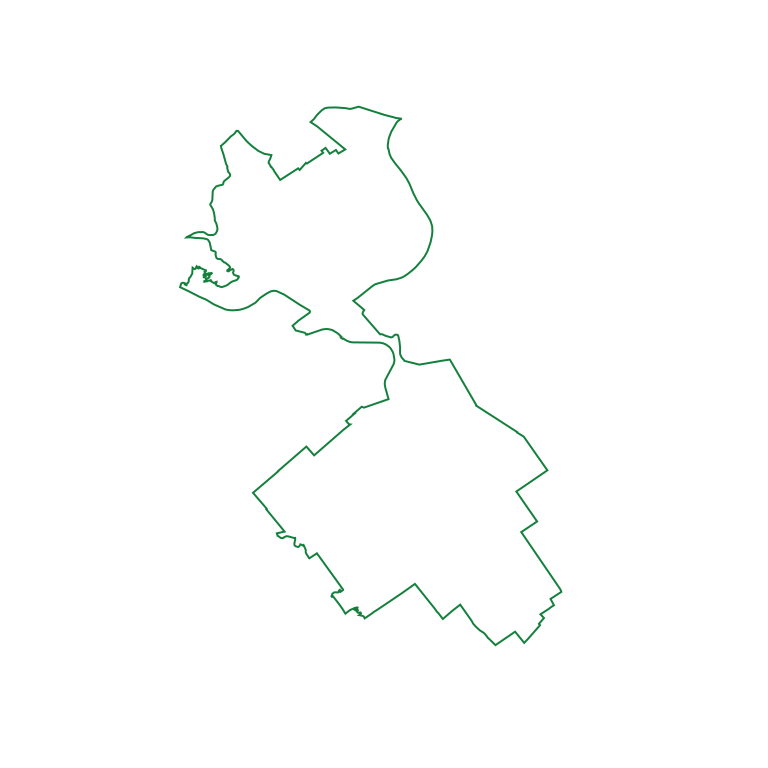 Bertestii De Jos, Braila, Romania, rotated 232°
{"feature_id": "2599482B54803043884513", "entity_name": "Bertestii De Jos", "entity_type": "district", "adm_level": 2, "iso_a3": "ROU", "parent_name": "Romania", "parent_adm1": "Braila", "projection": "natural_earth1", "projection_center": [27.835, 44.83], "detail": "fine", "context": "isolated", "style": "outline", "palette": "green", "viewbox_px": 768, "rotation_deg": 232, "n_neighbors": 0, "source": "geoboundaries", "source_scale": "gbopen_adm2", "svg_char_len": 6162}
<svg xmlns="http://www.w3.org/2000/svg" viewBox="0 0 768 768"><g transform="rotate(232 384 384)"><path d="M362.5,450.9L362.9,450.6L366.6,444.1L377.5,423.8L389.5,414.4L390.7,414.5L393.7,414.2L397.1,414.9L398.5,415.7L402.9,419.2L408.6,422.7L413.0,424.8L413.8,425.0L414.9,424.6L415.8,423.4L416.1,422.1L415.8,419.7L416.4,418.2L421.0,414.9L424.3,413.2L425.1,412.3L425.5,411.5L451.6,410.1L452.5,410.3L453.4,411.3L453.8,412.0L454.5,414.0L468.5,411.1L468.1,416.0L468.3,435.1L468.0,438.5L463.1,450.9L459.0,458.0L457.5,461.9L456.7,464.4L456.3,467.6L456.1,470.8L456.2,476.4L456.5,480.8L458.0,488.8L459.5,494.5L461.9,500.1L466.9,507.8L471.7,513.5L474.5,516.1L478.7,519.1L484.4,521.2L491.0,522.1L505.2,522.7L508.4,523.0L516.4,524.6L526.4,527.4L532.7,528.4L541.9,528.8L551.4,528.6L557.8,528.9L561.7,529.9L566.4,532.2L567.1,532.1L569.4,533.6L573.4,537.6L575.1,539.7L578.3,545.0L582.2,554.7L582.6,556.7L582.6,557.9L582.5,560.2L582.1,561.3L586.5,557.0L587.9,556.1L595.5,550.2L618.1,534.8L620.8,528.2L621.9,526.3L625.2,523.4L631.5,516.4L636.1,510.3L637.7,507.2L638.0,504.2L637.9,502.4L637.3,497.1L635.9,491.8L635.6,487.4L628.2,489.9L592.7,497.9L593.7,490.0L598.0,490.2L598.8,483.1L606.0,483.3L606.3,478.4L603.6,478.4L605.2,459.0L606.3,458.7L604.6,449.3L606.8,449.1L608.7,427.8L619.5,428.5L620.3,428.8L624.6,428.9L624.9,428.5L626.6,429.0L629.3,429.2L630.3,430.3L631.6,433.1L633.7,436.2L639.1,431.4L645.0,428.5L652.6,426.5L657.5,425.6L661.0,425.2L673.4,424.8L673.8,423.7L674.3,423.5L673.3,420.1L673.4,415.6L672.3,407.9L672.0,402.0L669.6,400.9L663.9,398.9L654.8,395.1L651.5,394.4L651.0,393.6L647.4,392.0L646.8,391.8L645.2,392.0L643.6,391.6L642.9,391.0L642.4,389.5L642.3,383.2L642.0,382.0L640.7,380.5L640.4,379.7L642.6,374.7L643.0,373.1L642.1,369.2L641.2,367.6L634.9,362.2L633.7,360.6L632.8,358.0L632.1,357.4L627.1,356.8L623.7,355.5L619.4,353.1L616.9,351.3L614.0,350.8L610.3,349.2L608.9,348.3L607.8,347.3L607.0,346.0L606.2,344.0L606.3,342.0L606.7,341.0L608.7,338.3L610.1,337.0L613.5,335.9L614.7,335.3L615.3,334.7L618.1,331.0L619.8,327.0L620.2,323.8L621.2,319.3L621.1,318.5L619.1,321.4L615.3,325.2L610.2,331.1L607.2,333.6L605.8,334.1L602.6,333.7L595.8,330.3L592.8,332.2L592.0,332.5L591.5,332.5L590.9,332.2L590.0,331.1L587.2,329.8L586.1,329.6L584.7,330.2L583.0,332.1L581.6,332.5L580.1,332.5L579.3,332.8L578.5,332.8L577.3,333.6L572.7,334.7L571.2,334.7L570.4,334.3L570.1,332.1L570.1,330.5L569.5,330.1L568.5,330.8L568.4,333.2L567.8,335.5L567.5,335.7L566.4,335.6L565.5,334.9L564.8,333.7L563.3,333.1L562.5,333.1L561.7,333.4L559.6,334.8L558.4,335.8L557.9,335.7L557.2,334.9L557.3,334.2L556.7,333.2L556.7,331.7L558.2,327.5L558.5,325.1L558.4,321.7L559.1,318.8L560.3,315.7L561.0,315.2L561.3,314.9L562.7,314.2L563.7,313.2L565.5,312.8L566.4,312.8L567.1,314.6L567.6,315.0L568.0,314.0L568.0,312.8L568.3,312.1L570.9,311.1L571.4,311.0L571.9,311.5L572.5,311.4L573.0,309.7L573.7,309.2L573.9,307.5L574.5,306.9L575.2,305.3L575.6,305.5L575.7,305.8L575.3,308.2L576.4,308.4L576.8,308.8L575.9,310.0L575.5,311.9L576.3,312.8L578.0,312.4L578.3,312.7L577.3,313.8L577.1,315.8L577.2,316.4L577.7,316.5L578.2,315.3L579.1,314.3L580.0,311.9L580.4,311.6L580.6,311.0L580.3,309.8L580.1,309.6L579.4,309.6L579.4,310.4L578.8,310.3L578.7,310.0L578.8,309.6L579.5,309.1L579.4,308.6L578.9,308.3L578.7,308.0L579.0,307.7L579.7,308.4L580.6,308.6L580.9,309.0L581.0,309.5L581.2,309.4L581.3,309.7L581.3,310.9L582.2,311.7L582.7,311.6L582.6,313.1L583.1,313.7L584.7,312.7L587.8,311.1L590.1,310.6L590.3,310.3L590.1,309.9L589.0,309.6L589.4,308.7L589.7,308.7L590.0,309.0L590.4,308.8L592.1,308.9L591.9,308.1L591.0,307.2L591.0,305.6L591.5,305.3L593.5,304.8L588.9,300.7L588.5,299.4L587.6,297.5L587.3,295.4L585.0,293.1L584.6,292.3L584.1,289.9L583.5,289.2L585.1,288.3L585.6,289.0L584.2,289.9L584.4,290.8L584.5,290.2L585.1,289.6L587.0,288.4L587.8,287.6L588.1,286.2L585.9,282.9L577.5,287.1L566.5,292.2L559.7,295.9L551.6,298.9L549.5,300.0L540.3,305.0L538.1,306.9L535.5,309.7L531.9,315.0L530.7,317.4L529.9,319.3L528.4,324.0L527.2,332.8L528.1,339.6L527.6,346.5L527.1,349.8L526.6,352.1L525.7,353.9L524.6,355.4L523.4,356.5L515.9,360.4L498.3,366.4L488.4,370.3L487.6,370.5L486.9,370.4L486.0,369.4L486.6,356.3L486.2,347.8L480.5,347.4L473.3,353.0L472.4,353.3L470.9,353.0L470.5,354.2L470.1,354.1L465.0,368.8L463.8,371.0L462.2,373.2L460.3,375.0L458.1,376.6L453.1,378.5L450.9,379.0L448.0,379.4L448.2,378.9L447.2,378.5L445.2,379.1L445.2,379.8L441.7,381.0L438.3,382.9L436.3,384.7L419.2,406.1L416.7,408.3L414.6,409.5L412.6,410.3L409.4,411.1L407.3,411.1L403.8,410.6L402.1,410.1L396.9,407.3L395.6,406.2L393.7,403.8L386.7,388.1L386.1,387.1L384.5,385.4L382.8,384.1L379.9,382.6L369.3,378.3L377.7,353.7L379.8,352.4L379.3,342.0L378.8,342.5L378.3,331.4L373.8,331.6L372.9,332.5L372.9,324.0L370.8,285.0L382.5,284.3L380.6,246.7L380.3,246.7L378.9,213.8L357.8,214.8L357.6,214.7L357.6,214.1L328.9,214.8L332.3,207.6L329.8,206.7L328.8,207.2L326.4,207.8L324.8,209.3L324.7,211.4L324.2,213.2L323.3,214.4L317.8,218.5L317.4,219.2L316.3,218.4L313.2,214.9L311.9,214.2L310.7,214.4L308.7,215.7L308.3,216.3L308.3,217.0L308.7,218.8L309.1,219.4L308.4,219.9L306.6,220.6L306.8,221.4L306.4,221.5L301.5,220.2L299.5,218.7L298.4,218.3L292.9,217.8L292.6,217.9L291.9,226.9L247.2,225.2L246.9,224.9L247.0,221.5L247.5,221.3L248.4,222.2L249.0,222.4L248.9,221.3L248.0,219.9L248.1,219.3L249.2,218.2L250.4,216.6L250.5,214.1L249.5,212.9L249.2,212.0L248.2,212.0L248.1,213.1L238.5,213.1L232.2,212.8L226.8,212.2L226.8,217.9L225.5,223.2L224.4,225.4L224.2,225.4L225.1,221.6L223.5,222.0L223.0,224.3L221.8,224.2L221.4,222.5L219.8,222.7L218.5,224.8L217.4,224.6L217.5,223.3L217.0,223.2L217.1,222.2L214.7,224.2L213.4,224.9L211.2,224.5L210.6,233.5L210.7,235.2L210.2,239.8L208.2,268.5L207.4,285.3L176.2,285.7L172.3,285.5L169.8,285.8L162.6,285.7L163.2,297.7L163.2,308.2L144.0,307.3L140.1,306.7L136.0,307.0L131.0,307.8L126.1,309.5L122.2,309.7L120.2,309.5L119.8,309.7L109.6,311.1L108.1,334.8L93.7,335.1L94.5,340.6L97.9,358.5L99.6,358.4L101.1,366.0L106.2,365.5L105.4,374.6L105.3,378.8L105.0,381.7L112.1,382.9L111.0,395.7L112.0,396.2L114.4,396.6L182.8,401.0L181.4,420.0L217.8,422.1L215.4,459.6L256.5,461.7L263.8,459.0L264.0,459.4L310.2,443.3L310.4,443.7L362.5,450.9Z" fill="none" stroke="#15803d" stroke-width="2"/></g></svg>